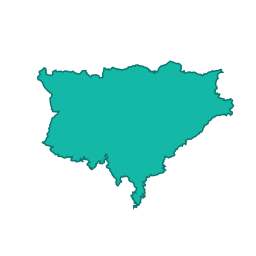 Kota Tasikmalaya, Jawa Barat, Indonesia (Natural Earth projection), rotated 102°
{"feature_id": "22746128B57000549481658", "entity_name": "Kota Tasikmalaya", "entity_type": "district", "adm_level": 2, "iso_a3": "IDN", "parent_name": "Indonesia", "parent_adm1": "Jawa Barat", "projection": "natural_earth1", "projection_center": [108.229, -7.36], "detail": "fine", "context": "isolated", "style": "filled", "palette": "teal", "viewbox_px": 256, "rotation_deg": 102, "n_neighbors": 0, "source": "geoboundaries", "source_scale": "gbopen_adm2", "svg_char_len": 5773}
<svg xmlns="http://www.w3.org/2000/svg" viewBox="0 0 256 256"><g transform="rotate(102 128 128)"><path d="M92.7,29.1L90.9,29.3L89.7,32.0L88.9,32.4L88.4,31.8L87.6,31.8L87.5,31.3L86.2,30.2L84.1,29.5L83.3,30.6L82.7,30.9L82.5,31.7L81.3,32.0L79.9,31.4L78.7,32.2L78.2,33.9L79.4,35.1L79.8,36.0L79.6,36.5L81.1,39.1L81.1,39.6L80.9,40.2L79.8,39.9L79.6,41.8L79.8,43.6L78.8,46.2L76.0,45.2L75.8,45.8L76.1,47.1L75.4,48.0L76.4,48.1L76.1,50.2L73.9,50.3L73.2,50.8L72.0,50.2L71.1,49.2L70.8,49.5L69.6,49.4L68.3,50.9L65.9,51.6L63.2,51.5L60.5,50.2L60.0,51.1L56.4,51.4L54.2,49.0L53.8,47.1L52.7,48.7L52.0,49.1L51.6,48.9L51.4,49.3L53.2,51.9L53.7,53.8L54.5,55.0L54.6,57.5L55.7,58.4L56.8,60.9L58.4,62.0L59.4,65.0L60.2,65.4L60.5,65.1L61.5,66.4L61.2,67.2L60.5,67.5L60.9,70.8L59.7,74.0L59.9,75.9L60.6,76.8L60.4,79.4L61.1,81.2L62.3,82.4L62.1,84.2L60.5,84.8L60.6,85.4L61.9,86.0L61.3,88.7L58.6,88.3L57.0,88.9L56.0,88.8L54.7,90.8L54.4,92.7L54.9,93.6L54.9,95.1L54.2,97.7L54.0,100.8L57.9,103.8L60.7,108.7L63.1,110.2L67.2,110.8L66.6,113.2L67.0,114.2L67.9,113.5L68.2,113.9L68.7,113.5L68.3,115.4L67.5,115.7L68.3,117.6L67.8,117.6L66.9,118.5L67.7,119.7L66.1,120.1L65.2,122.3L65.0,125.2L64.6,126.2L64.8,130.4L64.2,131.5L64.7,132.1L64.8,133.5L66.1,134.0L66.2,134.4L65.8,135.4L67.5,137.8L67.7,138.9L68.3,139.7L68.3,140.4L69.6,140.7L70.2,141.7L71.0,142.1L71.0,143.5L71.4,143.7L72.6,146.3L72.3,147.5L72.6,148.5L72.2,149.3L73.0,150.0L73.1,150.6L72.4,151.3L72.6,152.5L72.1,154.2L72.2,155.5L71.6,156.3L72.4,155.9L74.9,157.8L74.5,158.9L75.0,159.3L74.4,159.6L75.1,160.5L75.2,161.2L74.2,162.8L74.5,164.0L75.9,163.6L80.4,164.0L83.9,163.2L84.9,166.3L84.2,166.5L83.1,167.5L82.6,170.0L83.9,174.3L85.2,174.7L85.8,175.3L84.3,177.6L83.7,179.7L82.4,179.8L82.1,180.6L81.1,181.4L80.7,181.3L81.6,184.5L84.9,186.1L85.5,187.3L85.1,191.7L83.9,193.6L85.2,195.4L85.2,201.2L86.9,203.4L86.5,205.2L86.9,206.3L86.8,207.1L87.7,208.7L87.6,209.9L86.5,210.6L86.7,210.9L88.5,213.2L91.1,212.8L92.3,213.4L92.8,216.2L92.6,218.3L92.0,219.4L87.7,220.4L86.7,221.5L86.7,222.6L89.7,224.5L90.9,226.4L92.4,226.3L93.9,224.9L96.5,226.7L97.4,226.9L99.4,225.9L99.5,224.1L100.8,221.4L104.5,219.0L106.1,217.3L108.2,214.3L110.6,209.7L111.8,209.2L113.4,209.3L115.1,210.5L115.6,210.4L120.8,208.6L124.7,206.5L125.6,206.6L125.7,206.0L127.5,205.1L127.1,201.1L126.7,200.0L125.9,199.4L127.2,199.2L129.0,199.9L131.0,201.8L132.3,202.3L134.2,204.2L140.1,204.6L141.5,205.2L142.6,204.5L143.5,204.5L144.4,205.3L145.3,205.3L146.2,204.4L147.2,204.3L150.9,205.9L152.7,204.5L154.9,205.6L157.6,206.0L158.6,206.7L159.5,208.4L160.1,208.6L160.7,206.7L160.6,206.0L162.0,204.4L161.6,202.5L162.1,199.8L161.7,196.7L163.6,199.4L164.8,199.8L165.5,199.4L166.3,198.6L168.2,194.5L169.2,193.6L168.5,192.2L169.0,191.2L168.7,190.8L169.8,190.6L170.2,190.1L169.8,189.4L170.0,188.6L169.5,187.6L170.2,185.7L170.5,183.5L170.1,182.5L169.0,182.2L169.2,181.8L168.7,181.4L169.0,180.9L168.8,179.4L168.2,178.9L168.6,178.0L168.2,177.6L168.4,177.1L167.8,176.7L168.7,176.3L169.4,176.4L169.7,177.1L171.6,176.9L171.3,173.3L170.6,172.5L170.6,172.0L171.8,171.6L171.8,171.1L170.5,168.5L167.9,168.0L168.2,167.0L168.7,167.4L169.9,167.1L169.9,165.8L169.3,166.8L169.0,166.0L167.5,165.2L166.7,165.1L165.8,165.7L165.3,164.7L165.9,164.3L167.1,164.6L167.7,163.9L167.9,163.4L166.8,162.0L167.6,161.3L167.8,160.0L168.9,159.3L169.4,158.1L170.7,159.9L171.9,160.5L172.6,160.0L173.4,157.8L174.3,157.7L175.0,157.2L175.2,156.5L174.5,155.9L174.8,155.3L176.1,155.4L176.0,154.7L173.0,152.1L171.6,151.4L169.7,151.7L169.2,150.9L166.7,150.0L166.1,148.1L168.4,148.4L168.4,147.8L168.3,145.8L166.8,144.6L166.6,144.0L165.9,143.9L165.1,144.6L164.2,144.2L163.9,144.6L163.3,143.7L161.8,143.2L160.4,144.9L159.7,144.0L158.3,144.3L158.3,143.5L161.3,141.6L163.0,142.5L163.5,142.5L165.5,140.4L166.6,139.7L167.7,139.8L169.3,141.1L170.6,140.9L171.3,139.6L171.6,137.2L173.0,137.1L174.4,135.9L174.8,135.0L176.3,134.2L176.7,133.5L177.1,133.5L179.1,131.3L180.2,128.9L181.4,128.1L182.6,128.6L183.8,128.4L185.5,127.7L186.4,126.6L186.6,126.2L186.3,125.6L182.9,124.6L182.2,123.3L181.4,123.3L180.2,125.0L177.0,124.7L177.2,123.8L176.4,121.6L175.9,121.7L175.6,118.8L176.8,116.4L178.3,116.5L179.8,115.2L179.8,113.2L180.4,111.4L182.4,109.9L183.7,109.7L185.1,107.0L187.6,107.1L188.6,108.1L189.2,107.9L189.8,107.1L189.8,109.9L192.4,109.3L193.5,111.0L194.5,110.4L195.2,109.2L196.0,108.9L195.9,108.0L196.9,108.1L198.5,106.1L199.9,106.3L200.2,105.5L199.6,105.0L199.7,104.5L200.8,104.1L201.0,103.6L202.4,103.7L202.7,106.2L204.6,105.8L203.8,105.4L203.8,103.2L202.8,103.4L201.0,102.6L201.3,101.5L199.3,101.3L198.2,100.1L196.7,100.8L195.2,100.4L192.2,101.4L192.2,100.8L193.2,99.0L193.1,98.2L191.0,97.2L190.5,97.5L190.4,98.0L191.1,98.9L190.4,99.8L189.3,99.8L188.6,97.8L187.9,97.9L186.7,98.7L184.6,98.8L183.7,100.1L181.2,101.7L181.1,99.3L180.0,99.2L177.8,102.1L177.1,100.1L175.9,99.9L175.1,99.1L173.8,99.9L171.8,99.8L172.3,98.4L171.8,98.1L171.2,96.8L169.1,96.3L168.9,95.8L169.7,94.7L168.7,92.0L167.2,89.0L166.2,88.7L164.3,84.3L163.7,83.8L162.9,84.2L161.4,82.5L160.7,83.6L160.3,85.3L159.6,84.6L159.2,85.4L158.0,83.8L157.7,85.1L157.0,84.8L157.0,86.4L156.2,86.3L154.5,86.9L153.7,86.0L152.8,86.4L149.6,85.6L148.4,86.1L148.0,85.8L148.7,81.9L145.1,76.9L144.4,76.8L142.7,78.0L139.7,76.6L138.6,76.8L138.4,75.3L136.9,75.2L135.2,74.1L134.8,73.1L134.1,72.8L134.3,71.1L132.7,71.1L132.1,70.6L131.5,68.9L132.0,68.1L131.2,68.0L130.9,68.7L129.3,68.1L128.8,68.9L128.0,69.0L127.3,67.9L126.4,67.3L126.2,65.1L125.7,63.9L123.6,62.2L122.3,60.3L119.4,58.2L118.7,57.1L117.6,57.1L116.6,55.3L115.1,54.6L112.8,54.5L111.1,53.8L109.5,53.9L109.1,52.7L107.1,50.8L104.2,50.4L103.0,48.6L100.3,47.6L99.8,46.3L97.2,43.7L96.7,41.2L95.3,38.8L95.2,37.6L94.3,36.2L95.2,35.4L95.4,34.7L95.2,34.3L93.3,33.7L92.8,33.2L93.1,31.6L94.1,30.2L92.8,29.7L92.7,29.1Z" fill="#14b8a6" stroke="#0f766e" stroke-width="1.5"/></g></svg>